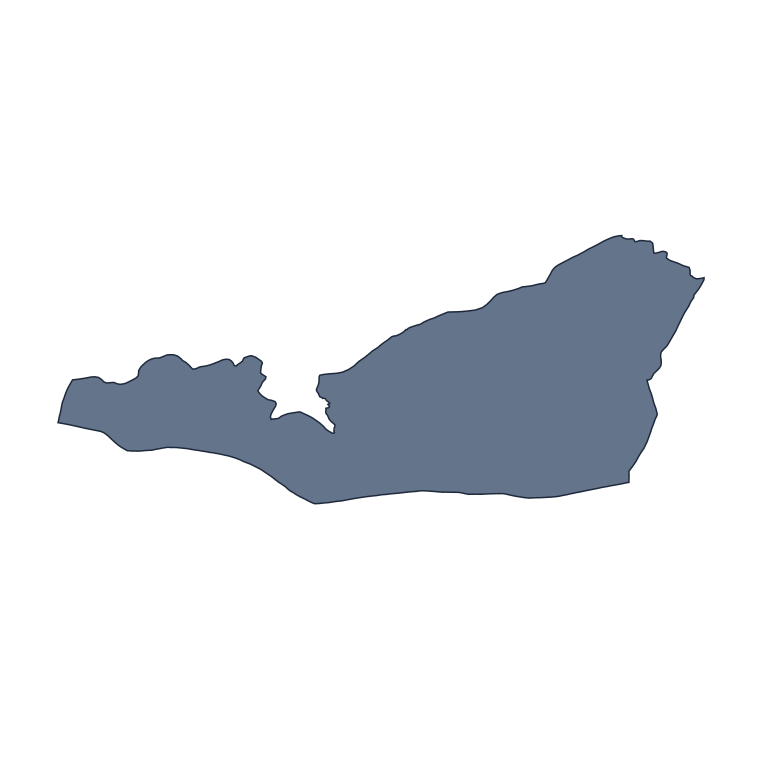 the district of Peam Chor, Prey Vêng, Cambodia, rotated 265°
{"feature_id": "14789045B80161198747042", "entity_name": "Peam Chor", "entity_type": "district", "adm_level": 2, "iso_a3": "KHM", "parent_name": "Cambodia", "parent_adm1": "Prey Vêng", "projection": "equal_earth", "projection_center": [105.272, 11.043], "detail": "fine", "context": "isolated", "style": "filled", "palette": "slate", "viewbox_px": 768, "rotation_deg": 265, "n_neighbors": 0, "source": "geoboundaries", "source_scale": "gbopen_adm2", "svg_char_len": 6149}
<svg xmlns="http://www.w3.org/2000/svg" viewBox="0 0 768 768"><g transform="rotate(265 384 384)"><path d="M264.6,619.4L273.2,620.3L275.3,620.2L276.7,621.2L280.0,624.2L285.1,628.4L289.7,631.4L293.6,634.3L297.2,637.3L300.5,639.2L303.4,641.0L307.9,643.1L312.8,645.4L316.5,646.9L320.1,648.7L325.8,651.3L327.7,652.6L330.0,653.6L331.5,653.4L335.9,652.7L339.9,651.6L342.7,650.9L346.2,650.4L350.8,649.5L356.3,647.9L364.9,646.3L364.9,647.6L365.4,649.4L366.4,650.8L368.6,652.2L371.2,654.0L373.7,657.3L375.5,659.4L377.9,661.3L380.3,662.0L383.8,662.2L387.0,661.9L390.3,662.4L391.8,663.1L394.0,665.3L396.7,668.6L398.8,670.4L403.8,673.9L406.1,675.5L411.6,679.4L415.7,681.7L425.9,687.8L428.7,689.6L431.8,691.9L435.1,694.5L438.3,696.2L440.7,698.0L443.0,700.0L445.3,700.4L447.7,702.5L450.2,704.9L452.3,706.6L454.8,708.5L457.0,709.9L459.9,711.8L462.0,712.1L461.7,710.3L461.5,706.5L461.5,704.5L463.0,701.6L464.5,700.4L465.4,698.9L466.3,698.5L470.8,698.8L473.6,698.0L475.9,692.2L477.6,689.3L479.0,686.7L480.5,683.3L482.0,680.0L482.7,678.9L483.5,678.0L484.8,676.4L486.1,676.5L488.0,677.2L489.8,677.4L491.0,676.3L491.8,674.0L491.9,672.6L491.2,669.4L490.6,666.0L491.0,664.2L494.2,664.1L498.2,664.1L500.9,663.9L503.1,661.6L503.5,657.7L504.2,655.0L504.5,652.5L504.6,651.0L504.1,649.5L503.8,646.6L504.7,646.0L506.6,645.2L507.1,643.9L507.1,641.1L507.0,639.6L507.9,636.8L509.2,634.4L510.1,633.6L511.2,633.7L511.1,632.0L511.1,630.8L510.9,627.8L510.3,624.6L508.9,620.1L507.4,615.9L503.8,607.7L502.0,603.2L500.4,599.1L497.9,594.0L495.4,588.0L493.8,583.2L491.7,578.3L487.8,568.9L486.1,565.6L484.2,563.2L482.3,561.4L478.4,558.9L473.5,555.5L470.9,553.6L470.4,552.0L470.2,548.3L469.8,545.0L469.0,540.1L468.7,533.9L468.7,530.2L467.4,526.2L466.1,520.5L465.3,515.0L464.8,509.7L463.5,504.6L460.9,500.9L457.2,497.0L454.1,493.1L451.5,488.8L449.7,481.4L449.4,473.1L449.4,466.8L449.6,461.7L449.9,457.7L450.1,453.9L447.4,445.2L446.3,442.1L445.4,439.7L444.4,435.3L443.5,432.7L442.2,428.9L441.0,426.9L440.2,424.8L439.8,422.1L439.0,418.6L438.4,416.0L437.8,414.2L437.3,412.9L436.2,411.8L436.3,410.5L435.0,409.1L433.8,407.4L432.1,403.8L431.0,400.4L430.9,398.0L430.5,396.1L429.3,394.1L427.6,391.7L425.3,387.6L423.4,384.5L420.7,380.8L419.1,377.6L417.9,375.3L416.3,373.2L412.6,367.8L408.7,361.0L404.5,355.6L401.5,349.9L399.4,343.7L398.8,337.9L398.9,331.2L398.8,324.6L398.3,320.8L397.2,320.1L394.3,319.7L392.0,319.5L388.8,318.5L385.1,316.5L383.7,316.1L382.0,316.7L380.3,317.8L378.0,318.5L376.8,319.0L376.1,320.6L374.9,321.7L375.1,322.8L374.3,324.5L372.5,325.2L370.5,327.6L369.5,328.3L368.6,326.3L367.5,327.0L366.5,327.8L365.2,326.8L364.9,324.0L363.3,323.9L361.2,323.5L359.6,323.7L358.1,324.8L356.1,325.6L353.9,326.2L351.4,328.0L348.9,330.3L347.8,331.5L345.8,331.3L344.6,330.5L341.3,330.0L339.8,330.4L339.3,329.8L339.5,328.3L340.5,326.8L341.8,324.8L344.0,322.3L346.9,320.2L350.4,316.9L353.7,313.1L356.3,310.0L359.3,305.4L361.0,302.3L363.4,298.2L363.6,296.4L363.4,294.2L363.0,288.0L362.7,285.3L361.8,281.9L360.9,279.1L359.1,276.1L358.8,274.8L358.9,273.3L358.7,271.5L358.9,270.5L358.5,268.5L359.6,268.4L360.9,267.9L363.4,268.7L366.9,270.8L371.3,274.0L373.6,274.9L375.9,274.1L377.7,270.2L378.4,267.2L380.9,263.8L383.0,261.3L385.8,259.0L388.2,257.7L392.6,261.0L396.2,263.0L399.4,266.4L401.6,267.0L403.4,264.5L405.1,262.6L406.3,262.0L412.1,263.2L415.5,264.7L417.5,263.7L421.8,258.6L422.9,256.3L423.7,254.3L423.7,252.7L423.2,250.4L422.2,246.9L420.5,245.7L419.1,245.0L418.2,243.7L417.1,241.8L415.9,239.6L414.9,238.4L415.2,236.5L418.0,235.5L420.2,234.0L421.9,231.9L422.5,228.6L422.0,224.8L420.7,221.4L419.7,217.7L419.0,215.5L418.1,211.9L417.4,207.7L417.3,204.5L416.9,201.3L415.9,199.0L415.4,196.2L415.7,194.5L417.1,193.4L419.2,191.8L420.9,190.3L423.1,188.1L424.8,185.5L426.5,184.3L428.6,182.2L430.1,180.3L431.4,177.0L431.9,173.1L431.8,170.1L430.3,165.4L429.5,162.5L429.7,158.2L429.3,155.1L428.2,151.9L426.5,148.7L424.4,145.9L422.7,143.8L420.6,142.1L418.8,140.8L417.1,140.6L414.9,140.1L413.8,140.0L412.2,138.3L411.6,137.4L410.6,135.3L409.7,133.1L408.4,129.9L407.1,126.3L406.6,121.8L407.2,118.8L409.1,115.0L409.2,111.5L409.1,108.2L410.4,105.2L413.0,103.1L415.4,100.2L416.4,96.6L416.5,92.5L415.9,87.5L415.5,81.3L415.3,76.5L415.3,74.1L412.4,72.1L408.9,69.6L406.2,68.0L402.6,66.1L397.4,63.8L393.5,61.9L384.0,59.2L378.9,57.4L376.3,56.7L373.9,55.9L372.4,61.5L370.9,66.8L368.1,75.7L365.9,82.5L362.4,94.6L361.4,97.8L359.8,100.8L356.6,104.4L353.5,107.1L348.9,111.3L346.0,114.2L343.8,116.9L342.6,118.6L339.9,122.5L339.8,123.5L339.4,126.0L339.1,127.7L339.0,130.2L338.6,132.5L338.5,136.2L338.5,138.6L338.5,142.5L338.4,144.3L338.3,146.4L338.4,148.5L338.9,151.2L339.0,153.2L339.2,155.6L339.4,157.0L339.6,159.5L339.7,161.5L339.8,163.4L339.4,165.4L338.8,171.7L337.8,177.0L337.1,180.5L336.6,183.2L335.6,186.5L333.8,194.1L333.3,195.8L332.6,198.8L332.1,200.8L330.8,205.4L330.4,207.8L329.9,209.4L328.4,214.9L326.7,220.1L325.9,222.9L324.9,225.4L323.9,227.9L323.1,229.8L320.8,234.5L319.2,237.0L318.3,238.7L316.1,243.4L314.5,246.1L312.6,249.1L310.9,251.9L309.0,254.7L306.6,257.6L302.0,263.3L295.3,270.5L293.6,272.8L290.3,276.8L287.9,278.9L286.8,280.0L285.7,281.2L284.8,282.4L283.8,284.0L283.0,285.0L281.9,286.3L279.2,290.2L278.3,291.7L277.7,292.8L277.2,293.5L275.7,296.1L274.9,297.1L273.6,299.4L272.7,300.8L270.9,304.1L270.7,305.8L270.6,309.0L270.7,312.7L270.7,315.7L270.7,319.2L271.2,326.4L271.3,332.3L271.8,336.8L272.6,345.5L273.2,354.8L273.5,363.1L273.5,366.8L273.9,372.2L273.8,376.2L274.0,380.2L274.0,389.5L274.2,396.3L274.3,401.6L274.3,403.5L274.2,405.2L274.4,412.1L274.1,414.7L273.5,419.1L273.1,421.2L272.8,423.3L272.4,425.8L271.8,428.6L271.6,430.5L271.2,432.4L270.8,437.0L270.6,439.0L270.3,441.4L270.1,443.6L269.6,448.4L269.3,449.9L268.9,451.5L267.6,455.4L267.3,457.0L266.8,458.1L266.6,460.8L266.3,464.9L265.7,471.4L265.4,479.3L265.1,484.4L264.5,492.4L264.1,494.6L261.6,502.4L260.5,506.2L258.5,514.4L257.7,518.7L257.5,524.9L257.1,530.4L256.8,540.2L256.8,546.5L257.0,549.1L257.5,553.2L257.8,556.7L258.2,558.8L258.6,562.5L259.1,566.6L259.4,570.2L260.0,574.7L261.3,586.7L262.1,593.0L262.4,597.2L262.8,600.4L263.2,605.3L263.6,609.7L264.2,614.8L264.6,618.1L264.6,619.4Z" fill="#64748b" stroke="#1e293b" stroke-width="1.5"/></g></svg>